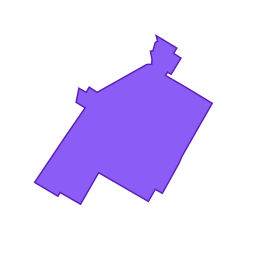 the district of Elk, Pennsylvania, United States of America, rotated 120°
{"feature_id": "52423323B9746722230596", "entity_name": "Elk", "entity_type": "district", "adm_level": 2, "iso_a3": "USA", "parent_name": "United States of America", "parent_adm1": "Pennsylvania", "projection": "orthographic", "projection_center": [-78.756, 41.416], "detail": "fine", "context": "isolated", "style": "filled", "palette": "violet", "viewbox_px": 256, "rotation_deg": 120, "n_neighbors": 0, "source": "geoboundaries", "source_scale": "gbopen_adm2", "svg_char_len": 575}
<svg xmlns="http://www.w3.org/2000/svg" viewBox="0 0 256 256"><g transform="rotate(120 128 128)"><path d="M181.4,73.7L167.5,73.7L167.4,65.6L133.0,66.2L126.2,67.1L95.0,67.3L64.5,67.4L64.5,67.6L63.9,96.1L63.8,121.8L59.9,121.8L59.9,117.5L41.0,117.1L40.6,125.8L34.4,125.7L33.9,149.8L38.0,145.9L40.5,147.1L48.7,145.0L50.3,147.0L56.3,141.7L60.9,139.4L63.7,143.6L112.6,172.6L112.0,182.0L118.1,182.1L118.1,190.4L131.7,185.8L132.0,175.2L167.5,178.0L221.8,181.7L222.1,154.6L217.8,154.6L217.7,131.0L181.4,131.1L181.4,73.7Z" fill="#8b5cf6" stroke="#5b21b6" stroke-width="1.5"/></g></svg>